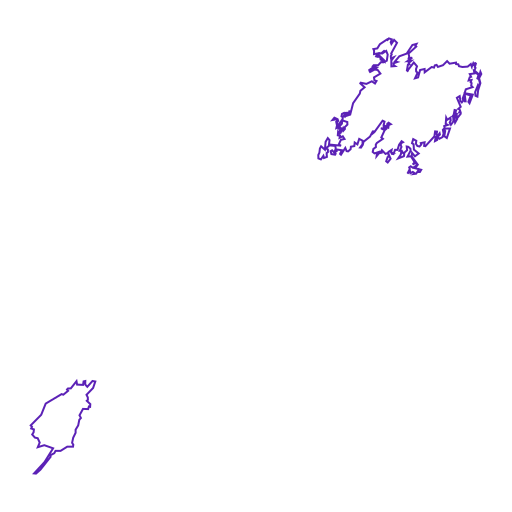 Røst nor, Norway (Mercator projection)
{"feature_id": "86288312B15540071122538", "entity_name": "Røst nor", "entity_type": "district", "adm_level": 2, "iso_a3": "NOR", "parent_name": "Norway", "parent_adm1": "", "projection": "mercator", "projection_center": [12.078, 67.493], "detail": "fine", "context": "isolated", "style": "outline", "palette": "violet", "viewbox_px": 512, "rotation_deg": 0, "n_neighbors": 0, "source": "geoboundaries", "source_scale": "gbopen_adm2", "svg_char_len": 5912}
<svg xmlns="http://www.w3.org/2000/svg" viewBox="0 0 512 512"><path d="M388.0,38.8L379.9,44.2L377.3,48.4L373.4,49.1L374.1,50.7L374.0,54.1L378.3,53.3L375.5,57.0L378.1,55.1L378.0,56.8L380.2,56.8L380.6,59.5L384.4,61.7L384.0,60.1L378.5,54.8L379.0,53.2L380.9,53.6L384.7,50.4L383.9,52.4L386.2,50.9L387.7,54.6L386.8,60.7L383.6,62.3L380.9,62.2L378.2,65.2L373.7,65.2L372.9,66.1L376.5,67.4L372.4,69.3L373.7,67.7L372.9,67.5L368.6,70.5L371.8,70.1L369.3,72.4L376.2,68.7L375.7,69.7L377.7,70.0L380.4,73.6L374.0,77.4L374.4,80.3L376.5,81.0L375.0,83.5L371.8,81.3L366.4,83.9L360.7,82.7L360.3,83.4L364.6,87.3L360.4,90.8L359.8,93.6L353.1,103.2L350.2,114.6L346.6,115.8L347.2,113.2L348.3,113.8L349.4,112.8L349.6,110.4L349.0,112.7L345.7,112.9L345.0,114.5L346.1,114.4L344.9,116.7L343.8,115.9L344.9,114.1L344.1,112.9L342.0,113.9L341.5,116.3L342.8,117.2L342.6,119.1L337.7,125.9L337.0,122.6L338.2,120.9L337.6,119.2L334.4,117.7L332.5,120.0L336.2,119.3L337.6,120.8L336.2,121.8L337.0,125.4L336.4,128.0L338.0,127.2L338.3,128.7L341.6,128.6L339.1,126.8L341.9,123.7L342.3,120.4L347.3,122.0L347.4,124.6L344.7,127.2L344.9,129.0L343.4,130.7L342.9,128.4L341.0,132.0L340.5,130.4L339.7,130.7L339.4,133.2L338.1,131.8L337.8,135.3L340.0,135.8L339.6,137.8L342.8,136.3L344.5,139.0L340.9,139.8L338.8,144.4L341.0,145.7L329.0,144.5L329.5,140.1L327.8,138.1L325.6,141.8L324.9,149.7L321.1,146.3L319.9,148.5L319.4,152.7L318.3,155.0L318.4,158.4L320.9,159.4L323.4,155.8L324.0,158.0L326.9,156.9L326.6,153.1L327.9,152.1L327.9,149.5L325.9,148.3L329.5,145.4L335.4,145.9L335.7,148.7L334.3,152.6L332.1,150.3L330.6,151.2L331.4,154.1L335.1,154.7L335.6,153.8L334.5,152.8L336.4,151.2L335.3,150.5L336.0,149.4L341.7,150.2L340.1,153.9L341.0,154.7L345.3,147.9L346.6,151.1L348.1,151.4L350.6,149.2L350.9,146.7L354.3,146.1L354.7,142.5L357.4,144.4L359.2,138.9L362.6,140.7L362.5,144.3L360.1,147.5L361.0,147.6L362.8,144.8L363.5,141.8L370.0,136.6L372.8,131.4L373.5,131.4L373.3,133.0L374.4,132.1L382.6,120.7L384.5,121.6L383.6,125.1L385.2,126.0L386.9,126.4L387.3,123.8L388.6,122.7L390.8,124.2L388.7,125.0L388.3,127.7L386.4,126.9L386.5,128.7L385.2,129.8L384.3,127.2L384.8,126.6L383.7,126.9L383.9,128.2L383.3,128.8L382.2,128.4L380.9,128.3L384.7,130.1L381.3,137.5L382.9,138.8L376.8,143.0L375.8,144.6L375.9,147.1L373.4,148.9L372.7,151.9L374.5,153.4L380.1,151.5L376.8,154.6L376.6,156.2L379.8,152.2L380.1,153.0L382.6,152.5L380.9,152.4L381.9,150.2L385.5,153.9L388.1,152.8L388.8,156.6L387.6,157.1L386.2,161.3L387.7,162.5L390.6,158.7L388.5,154.0L388.5,151.9L391.6,149.9L391.1,152.5L393.0,153.2L391.1,153.7L393.5,154.1L395.1,149.8L397.5,149.9L399.1,144.7L401.6,141.2L403.0,142.2L401.1,143.2L400.7,145.1L401.5,146.9L399.7,150.8L401.7,150.7L403.0,153.0L401.2,152.1L400.8,154.6L398.2,158.4L403.9,156.2L404.4,152.6L407.1,150.2L406.7,146.5L408.3,146.8L410.4,148.7L410.6,150.7L407.5,156.6L410.9,156.3L414.6,162.2L412.7,164.5L415.7,162.8L417.1,165.1L413.0,167.8L410.7,166.3L409.2,167.4L409.8,169.0L407.5,173.5L410.1,171.5L410.5,173.2L412.8,171.9L414.7,173.2L413.7,174.0L416.1,173.7L418.3,170.4L418.4,172.0L419.9,172.0L421.2,169.8L415.0,168.2L417.8,164.7L411.6,156.2L412.1,152.9L414.9,156.3L418.7,153.5L413.9,149.6L413.6,144.3L412.0,143.2L413.2,139.1L416.3,140.8L415.9,143.8L417.4,146.0L419.5,146.5L421.3,144.5L420.8,143.1L424.6,142.3L424.1,145.9L425.4,146.2L434.4,136.3L435.1,131.4L437.0,131.6L436.6,134.1L437.4,135.8L435.6,137.4L435.0,141.1L437.1,140.0L437.1,136.7L439.6,133.3L439.9,134.6L438.1,136.1L438.3,137.5L439.3,138.8L442.5,137.1L443.6,133.6L442.9,129.8L443.7,129.0L445.2,130.9L444.3,136.2L446.8,138.0L450.0,128.5L444.8,128.6L444.2,126.1L447.8,124.9L445.7,123.8L446.2,117.7L447.2,119.8L450.4,117.7L450.7,120.5L449.7,122.6L450.9,124.8L453.4,121.4L453.3,116.8L452.5,116.4L453.7,114.8L454.6,110.0L456.1,110.4L455.2,112.9L456.9,113.9L455.5,115.0L454.9,116.2L454.8,117.9L454.3,118.5L455.1,122.6L457.1,119.1L455.1,116.1L456.6,115.5L457.9,117.3L460.7,113.8L460.7,112.4L459.3,112.3L460.1,110.7L459.6,109.5L458.3,108.9L460.7,106.8L456.9,97.8L459.7,96.1L460.4,100.9L461.8,102.4L463.3,100.6L462.7,98.3L463.9,95.3L464.9,101.3L465.6,101.3L464.6,93.7L470.8,95.5L468.4,101.8L469.5,103.3L472.8,94.6L464.6,93.2L465.8,89.3L472.6,87.1L471.2,85.6L471.6,83.1L470.7,82.3L471.5,80.0L468.6,80.5L469.7,77.3L471.1,76.8L469.8,74.1L474.5,73.4L474.0,71.0L478.5,75.0L477.4,78.4L478.9,79.3L479.9,82.8L478.1,88.2L477.6,86.0L475.1,92.2L475.5,95.8L477.4,96.6L478.1,90.3L480.4,83.1L479.1,78.2L481.3,74.0L480.4,71.8L479.5,74.9L474.4,70.5L475.5,67.9L474.8,67.1L475.9,63.6L475.3,63.1L474.2,63.4L474.2,65.9L473.2,63.4L471.8,66.8L470.8,64.0L467.7,66.6L462.4,67.0L459.0,66.2L458.3,64.3L456.1,64.1L456.0,62.6L449.6,63.7L447.1,61.1L443.0,65.2L437.9,66.9L436.6,64.9L434.8,65.4L434.0,67.6L431.7,67.0L424.7,72.3L424.6,69.0L420.1,70.0L418.1,77.4L415.0,78.3L417.6,72.7L416.2,71.5L416.0,69.1L417.0,66.3L413.8,62.5L407.4,70.8L408.4,71.6L406.9,70.4L407.9,64.7L409.5,64.4L408.7,62.9L411.3,60.8L407.5,61.1L412.2,57.7L408.7,58.2L409.2,56.4L408.5,53.6L416.2,46.6L415.4,45.9L416.5,43.9L412.4,45.0L406.7,53.6L399.3,56.3L395.0,61.4L397.2,62.0L393.5,63.3L393.8,65.3L395.0,66.1L391.4,66.4L391.3,60.6L393.8,57.2L391.0,58.4L390.8,56.1L391.7,54.4L391.2,53.5L397.0,42.8L394.1,39.9L391.4,44.0L390.7,42.3L391.8,39.4L388.9,38.4L386.9,40.7L388.0,38.8ZM77.1,384.6L76.5,381.2L70.8,388.4L67.9,388.5L67.0,389.5L68.1,390.8L63.3,394.7L61.6,394.1L45.7,403.6L41.2,414.8L30.7,425.4L32.0,426.8L31.2,428.5L33.9,429.4L33.6,432.3L32.2,434.5L34.9,437.6L37.7,438.2L39.7,442.6L37.8,447.2L44.3,445.2L53.1,448.3L44.5,462.1L34.1,473.4L36.0,473.6L40.4,469.7L50.6,456.8L50.1,455.4L54.3,453.2L55.5,450.9L60.5,450.9L67.2,446.7L73.0,446.7L73.3,444.7L72.1,442.8L73.2,437.7L75.6,432.8L75.6,429.7L78.2,425.4L79.3,419.8L80.9,418.0L79.5,415.3L83.0,408.9L88.1,409.1L88.9,406.5L90.1,406.8L90.3,404.1L86.8,400.8L87.9,399.8L87.8,397.4L86.5,394.8L93.1,388.0L95.3,381.5L92.5,381.0L87.3,386.8L85.2,384.5L85.3,381.0L83.6,381.4L83.0,384.9L77.1,384.6Z" fill="none" stroke="#5b21b6" stroke-width="2"/></svg>